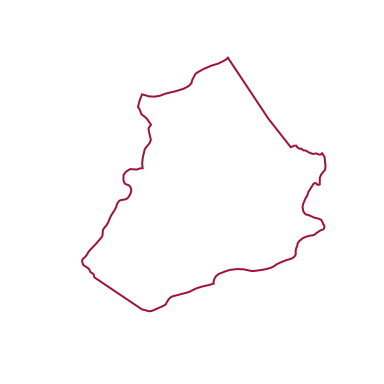 Coolie Town, Laborie, Saint Lucia (Mercator projection), rotated 238°
{"feature_id": "8701671B72346500642507", "entity_name": "Coolie Town", "entity_type": "district", "adm_level": 2, "iso_a3": "LCA", "parent_name": "Saint Lucia", "parent_adm1": "Laborie", "projection": "mercator", "projection_center": [-60.967, 13.77], "detail": "fine", "context": "isolated", "style": "outline", "palette": "rose", "viewbox_px": 384, "rotation_deg": 238, "n_neighbors": 0, "source": "geoboundaries", "source_scale": "gbopen_adm2", "svg_char_len": 3607}
<svg xmlns="http://www.w3.org/2000/svg" viewBox="0 0 384 384"><g transform="rotate(238 192 192)"><path d="M91.9,285.5L93.7,286.5L95.0,286.2L96.3,286.5L99.7,286.9L102.2,285.3L105.6,282.0L107.5,280.8L110.7,278.6L112.8,276.5L116.4,276.1L120.6,277.7L123.1,280.1L127.0,285.7L127.5,287.4L130.5,290.9L132.4,295.0L134.4,299.0L134.6,300.6L133.4,302.0L132.2,302.0L131.0,303.0L130.8,304.4L134.9,307.0L136.4,308.0L138.4,310.8L140.4,316.7L143.0,318.8L145.7,320.2L147.5,321.0L151.2,322.9L153.1,322.9L155.9,322.9L155.6,321.0L156.4,319.5L158.8,317.9L160.3,314.6L163.7,312.0L166.7,310.6L168.4,308.4L170.9,307.7L171.2,306.5L174.1,304.9L176.0,305.1L177.1,303.3L177.6,299.5L213.9,295.6L286.9,293.6L286.3,291.3L286.4,287.9L287.0,282.2L288.8,275.8L290.1,267.5L290.5,261.1L290.4,257.6L287.0,251.8L284.5,249.0L283.6,245.4L284.0,239.6L286.4,230.7L289.4,221.9L290.7,215.6L292.7,210.8L295.9,206.2L300.6,202.0L301.3,201.4L296.8,195.4L292.7,191.2L290.0,191.4L284.6,190.3L280.5,191.9L277.8,192.6L272.5,192.8L270.7,192.8L269.1,188.9L266.0,187.5L258.0,184.7L256.0,182.1L254.4,177.4L253.3,174.6L248.7,169.9L246.4,167.8L242.8,165.0L238.3,162.7L239.4,160.8L240.3,157.1L244.2,151.7L244.2,146.8L242.8,143.1L240.5,141.4L239.5,140.9L238.7,140.4L237.5,139.9L236.5,139.7L235.5,139.5L234.3,139.7L233.1,140.4L231.7,141.7L230.4,142.2L229.1,142.4L227.9,142.2L226.7,142.0L225.7,141.3L224.8,140.7L223.8,139.7L223.1,138.6L222.3,137.5L221.8,136.3L221.4,135.6L221.1,134.5L220.9,133.8L220.9,132.6L221.0,131.9L221.4,130.8L221.7,130.0L222.1,129.0L222.4,128.5L222.8,127.4L223.0,126.3L223.0,125.9L222.9,125.0L222.5,124.0L222.0,123.0L220.7,121.0L219.7,120.1L219.0,119.0L218.3,117.8L217.6,116.6L216.9,115.3L216.4,114.1L215.5,112.1L214.7,110.7L213.8,109.2L212.9,108.0L212.1,106.7L211.3,105.8L210.8,105.0L210.3,104.1L209.7,103.0L209.0,101.8L208.9,101.1L208.4,99.6L208.1,98.7L207.4,97.2L207.0,96.5L206.3,95.8L205.4,95.1L204.2,94.3L203.5,93.7L202.5,93.0L202.0,92.1L201.6,91.4L201.2,90.3L200.8,89.1L200.3,87.6L200.1,86.8L199.6,85.3L199.1,83.6L198.5,81.5L198.1,79.6L197.7,78.3L197.3,76.7L196.9,75.2L196.6,74.2L196.3,73.2L195.9,72.2L195.4,71.3L194.8,70.2L194.3,69.1L194.0,68.1L193.5,66.8L193.3,65.4L192.9,63.3L191.6,62.2L189.3,61.4L188.0,61.1L185.2,62.2L183.2,63.2L181.9,63.7L180.5,63.8L177.9,63.4L175.1,64.8L173.9,64.8L171.2,64.0L121.8,86.1L120.2,86.8L119.0,87.3L116.4,89.9L114.7,91.3L113.6,92.4L112.5,94.6L111.4,101.9L110.7,106.6L110.6,109.0L110.7,110.3L111.4,111.4L113.3,115.1L113.9,117.5L114.0,119.6L112.1,125.7L109.8,133.0L108.7,136.8L108.4,140.9L108.0,144.5L106.8,149.3L105.1,154.5L104.0,157.2L103.5,159.5L102.8,161.8L104.3,162.5L106.7,165.3L107.9,167.8L108.3,171.6L106.9,178.8L105.8,183.1L104.6,185.4L102.7,189.6L100.5,192.6L99.0,195.0L97.7,196.2L97.3,196.7L96.4,197.6L95.4,198.6L94.8,199.2L94.0,200.0L93.5,200.7L93.1,201.2L92.6,201.9L92.2,202.6L91.7,203.9L91.4,204.4L88.7,210.4L87.2,214.5L86.6,216.5L86.0,218.6L85.9,219.3L85.6,221.4L85.6,222.5L85.7,223.8L85.8,225.3L85.7,226.7L85.5,227.8L85.4,229.6L85.0,231.5L84.8,232.7L84.7,233.5L84.3,235.5L83.9,236.9L83.5,238.4L83.2,239.4L82.9,240.9L82.7,241.7L82.7,242.9L82.8,243.5L83.0,244.7L83.3,245.5L83.8,246.5L84.7,247.3L85.2,247.6L86.2,248.1L87.1,248.7L88.3,249.8L89.2,250.6L89.7,251.4L90.4,252.7L91.2,253.3L92.1,254.0L92.7,254.8L92.9,255.2L93.3,256.3L93.6,257.0L93.7,258.1L93.8,259.1L93.9,259.8L94.1,260.6L94.1,261.9L94.0,262.4L93.9,263.5L93.7,264.7L93.3,265.7L93.2,266.6L92.7,268.1L92.2,269.7L91.7,270.6L91.3,271.5L91.0,272.6L90.9,273.3L91.0,274.3L91.2,275.3L91.2,276.1L91.3,277.3L91.3,278.6L91.4,280.0L91.2,281.5L90.9,282.6L90.7,283.5L91.2,284.6L91.9,285.5Z" fill="none" stroke="#9f1239" stroke-width="2"/></g></svg>